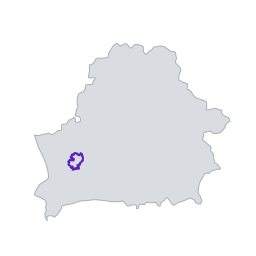 location of Slonim, Grodno, Belarus, rotated 352°
{"feature_id": "67162791B56929358145249", "entity_name": "Slonim", "entity_type": "district", "adm_level": 2, "iso_a3": "BLR", "parent_name": "Belarus", "parent_adm1": "Grodno", "projection": "albers", "projection_center": [25.224, 53.068], "detail": "fine", "context": "in_parent", "style": "outline", "palette": "violet", "viewbox_px": 256, "rotation_deg": 352, "n_neighbors": 0, "source": "geoboundaries", "source_scale": "gbopen_adm2", "svg_char_len": 6692}
<svg xmlns="http://www.w3.org/2000/svg" viewBox="0 0 256 256"><g transform="rotate(352 128 128)"><path d="M213.8,181.4L209.7,181.5L204.7,182.1L202.1,184.2L199.0,183.5L196.9,184.8L192.4,190.6L190.7,193.6L189.2,198.2L188.3,201.6L189.1,203.8L190.2,205.9L190.6,208.2L191.2,209.9L190.0,211.4L189.5,213.3L187.3,213.1L184.6,211.5L183.9,208.9L181.8,207.2L180.4,206.3L178.2,206.3L174.9,207.4L170.4,208.4L167.0,208.8L165.2,209.8L162.6,210.9L161.4,209.9L159.8,207.0L158.3,204.1L157.4,202.8L156.7,202.5L155.7,202.6L154.7,203.6L154.0,204.6L151.2,205.9L150.0,207.0L148.8,209.8L147.9,209.6L146.9,209.1L145.7,206.1L144.2,205.4L141.8,205.5L138.8,205.0L136.4,204.1L135.5,204.4L134.2,205.8L132.6,206.0L129.2,205.0L128.6,205.5L126.8,209.0L125.9,209.2L125.3,208.8L125.5,205.8L123.5,204.8L120.2,204.8L117.9,205.3L116.8,205.2L116.2,204.6L113.2,199.8L111.7,199.5L109.0,199.8L105.1,199.3L100.5,198.3L98.0,197.9L96.7,196.9L93.9,196.5L86.3,194.5L83.2,194.2L78.7,194.2L71.8,193.7L67.4,194.0L65.4,194.7L63.0,195.1L54.9,195.6L51.9,196.1L51.1,197.2L50.1,199.4L46.6,203.3L43.3,205.8L42.7,206.1L40.8,204.6L39.2,204.1L37.3,203.9L36.0,204.4L35.1,205.0L35.2,208.0L35.0,208.3L33.6,204.7L33.8,201.4L34.7,199.6L35.7,197.9L35.3,195.4L36.4,192.1L36.5,189.7L36.1,188.7L35.3,187.4L33.2,186.1L32.3,185.0L29.5,183.5L26.7,181.7L26.2,180.7L26.4,180.0L26.9,178.9L29.2,175.7L31.6,172.6L33.1,171.4L41.1,167.6L42.3,166.2L42.7,163.8L42.6,159.0L42.2,154.6L41.7,151.6L40.3,145.9L36.5,134.2L34.4,122.0L36.0,122.7L39.6,123.1L42.5,122.3L44.1,122.2L45.4,122.5L49.2,121.9L50.2,123.0L51.9,124.0L55.3,122.6L58.3,120.9L61.3,121.1L61.8,120.3L62.6,116.0L63.5,115.1L67.2,115.5L68.5,114.7L70.0,112.6L72.1,111.3L73.9,111.3L75.8,109.8L76.8,110.8L77.2,112.6L76.6,114.0L76.9,114.6L78.2,115.3L80.4,115.2L81.9,114.6L82.2,113.8L82.2,112.3L81.8,111.0L80.9,109.8L79.1,109.2L77.8,109.2L77.6,108.4L78.0,106.8L79.1,103.8L80.4,101.1L81.2,100.1L81.4,99.2L81.2,97.6L81.2,94.7L82.3,90.5L83.9,87.5L86.1,86.4L88.7,85.9L90.3,84.4L91.2,82.7L91.8,80.1L92.7,79.5L99.0,79.7L99.9,77.1L100.4,76.3L101.6,75.5L102.4,74.6L102.1,73.9L100.5,73.4L96.7,73.1L95.9,72.2L96.1,71.2L97.1,68.5L98.0,64.9L98.4,62.2L98.4,60.6L99.0,60.2L102.0,59.6L103.0,59.0L105.6,55.3L107.5,54.6L112.7,55.4L115.1,55.3L118.1,55.4L118.3,55.1L119.2,51.4L124.1,45.3L126.7,43.2L128.4,42.7L129.0,42.8L131.9,45.8L132.5,45.9L134.2,44.5L137.4,44.2L138.9,45.2L141.1,48.9L142.2,49.3L145.2,47.0L146.8,46.3L147.9,46.2L153.8,48.8L154.3,49.7L154.4,50.8L153.7,54.3L155.0,56.4L156.5,57.7L159.3,55.2L160.3,54.5L161.5,54.4L163.1,53.4L164.2,52.0L165.2,51.5L167.4,51.6L171.2,51.1L175.8,52.8L176.2,53.4L178.6,55.7L179.5,56.8L180.2,57.2L181.5,58.3L183.2,58.9L184.2,58.6L184.8,58.9L185.4,59.8L185.5,61.4L185.7,65.9L184.3,68.5L184.2,69.3L184.3,70.3L185.8,72.2L187.7,75.1L188.2,76.8L188.3,78.1L186.3,82.2L185.7,83.2L185.3,85.1L185.2,87.1L185.4,87.9L189.4,90.7L192.4,92.2L193.1,92.9L193.2,93.4L192.0,96.9L191.9,97.8L194.3,99.0L195.7,101.1L197.1,104.5L199.6,107.7L208.1,112.0L208.9,112.8L209.2,113.8L209.2,116.2L208.1,120.8L209.6,121.3L213.1,120.8L217.6,120.9L223.1,123.5L223.3,124.9L222.8,126.3L223.3,127.6L224.0,128.7L229.0,131.7L229.5,132.7L229.8,134.4L229.8,135.6L228.5,136.0L227.2,136.7L225.0,138.5L224.3,140.7L220.9,144.0L218.7,145.5L216.9,145.7L212.4,145.6L210.7,144.3L210.0,143.0L208.3,142.6L206.0,142.7L202.9,143.2L202.4,143.7L202.0,145.3L200.9,148.2L200.1,149.9L204.5,155.0L206.7,157.1L207.4,158.4L207.5,159.4L206.7,160.7L207.0,163.0L209.2,165.9L208.6,166.4L208.7,170.2L209.1,174.3L209.7,175.2L210.9,175.9L211.9,177.3L213.7,180.5L213.8,181.4Z" fill="#d9dde1" stroke="#a8b0b8" stroke-width="1"/><path d="M69.1,146.5L68.8,146.7L68.6,146.9L68.5,147.1L68.5,147.3L68.4,147.4L68.3,147.6L68.2,147.8L68.2,148.0L68.4,148.2L68.3,148.4L68.1,148.5L67.9,148.5L67.6,148.6L67.4,148.7L67.2,148.9L67.2,149.1L67.4,149.3L67.4,149.5L67.6,149.9L67.9,149.9L68.0,149.9L67.9,150.2L68.1,150.3L68.3,150.3L68.6,150.4L68.8,150.4L69.0,150.4L69.1,150.5L69.3,150.5L69.5,150.5L69.8,150.7L69.9,150.8L69.9,151.0L70.0,151.2L70.0,151.4L70.0,151.5L69.8,151.7L69.6,151.7L69.5,152.0L69.5,152.4L69.2,152.4L68.9,152.3L68.6,152.3L68.3,152.3L68.2,152.1L68.1,151.9L67.7,151.9L67.5,152.0L67.1,152.0L66.8,152.0L66.6,152.0L66.2,151.8L66.0,151.7L65.7,151.6L65.6,151.8L65.7,152.0L65.4,152.2L65.3,152.3L65.2,152.3L64.9,152.5L65.0,152.7L65.1,152.8L65.1,153.0L64.9,153.1L64.7,152.9L64.4,153.0L64.6,153.4L64.7,153.5L64.8,153.7L64.9,153.9L64.9,154.0L64.7,154.1L64.4,154.3L64.4,154.6L64.5,154.7L64.6,154.8L64.6,155.1L64.4,155.2L64.2,155.4L64.1,155.6L64.0,155.9L64.1,156.1L64.2,156.3L64.4,156.5L64.5,156.7L64.5,157.2L64.5,157.5L64.5,157.4L64.8,157.2L65.0,157.2L65.3,157.3L65.6,157.4L65.8,157.7L65.8,158.0L65.8,158.3L65.7,158.7L65.7,158.8L66.0,159.1L66.2,159.3L66.3,159.6L66.5,159.8L66.8,159.8L67.0,159.7L67.2,159.2L67.2,158.9L67.2,158.7L67.6,158.5L67.9,158.7L67.9,159.1L67.8,159.4L67.7,159.7L67.6,159.8L67.6,160.1L67.8,160.4L67.8,160.5L67.9,160.8L67.7,161.0L67.6,161.4L67.8,161.4L68.0,161.3L68.2,161.2L68.3,161.1L68.5,161.3L68.5,161.5L68.9,161.4L68.9,161.2L69.1,161.0L69.2,160.9L69.3,160.7L69.6,160.6L69.9,160.6L69.9,160.9L69.9,161.2L70.4,161.4L70.7,161.4L70.9,161.3L70.9,161.1L70.9,160.8L71.2,160.5L71.5,160.2L71.8,160.0L72.1,159.9L72.3,160.0L72.5,160.2L72.5,160.4L72.4,160.6L72.3,160.8L72.2,161.1L72.6,161.3L72.9,161.5L73.4,161.5L73.7,161.3L73.8,161.1L73.9,160.9L73.9,160.6L73.8,160.4L73.7,160.3L73.4,160.4L73.2,160.4L73.1,160.0L73.1,159.8L73.1,159.5L73.1,159.3L73.3,159.3L73.5,159.2L73.4,159.0L73.4,158.8L73.2,158.6L73.1,158.4L72.9,158.2L72.9,157.8L73.2,157.8L73.5,157.9L73.8,157.9L74.1,158.0L74.5,157.9L74.8,157.9L75.2,157.7L75.3,157.5L75.3,157.2L75.3,156.9L75.2,156.6L75.5,156.5L75.7,156.4L75.7,156.2L75.8,156.0L75.8,155.8L76.1,155.6L76.4,155.5L76.7,155.4L77.1,155.2L77.4,155.0L77.5,154.8L77.7,154.5L77.8,154.2L78.0,154.1L78.3,154.1L78.6,154.0L78.8,153.8L78.9,153.4L78.9,153.1L78.8,152.7L78.8,152.4L79.0,151.9L79.2,151.7L79.2,151.0L79.1,150.8L79.1,150.6L79.1,150.4L79.1,150.2L79.1,149.8L78.9,149.7L78.5,149.4L78.4,149.2L78.5,148.8L78.6,148.6L78.7,148.4L78.9,148.3L78.9,148.1L78.8,147.9L78.8,147.5L78.5,147.4L78.3,147.3L78.1,147.2L77.9,146.8L77.8,146.6L77.7,146.4L77.5,146.5L77.3,146.7L77.2,146.9L77.2,147.1L77.1,147.4L76.9,147.4L76.8,147.6L76.7,147.7L76.5,147.8L76.3,147.8L76.1,147.9L76.0,148.0L75.9,148.1L75.6,148.1L75.3,147.9L75.2,147.8L75.1,147.6L75.1,147.4L74.8,147.2L74.5,147.2L74.4,147.2L74.2,147.0L74.1,146.8L74.1,146.6L74.1,146.4L74.0,146.2L73.8,146.0L73.4,146.0L72.9,146.0L72.7,146.0L72.4,145.8L72.4,145.6L72.2,145.5L71.9,145.4L71.6,145.4L71.4,145.5L71.2,146.0L70.9,146.1L70.7,146.2L70.8,146.4L70.8,146.6L70.6,146.7L70.4,146.7L70.4,146.9L70.2,147.0L70.0,146.9L69.8,146.7L69.6,146.7L69.3,146.7L69.2,146.6L69.1,146.5Z" fill="none" stroke="#5b21b6" stroke-width="2"/></g></svg>